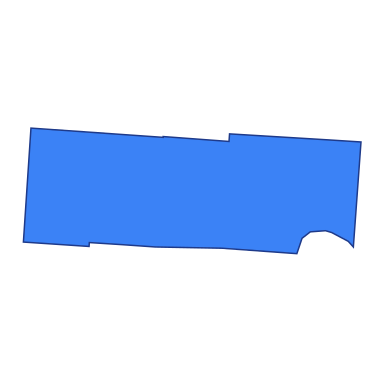 outline of Clearwater, Minnesota, United States of America, rotated 94°
{"feature_id": "52423323B62368100165571", "entity_name": "Clearwater", "entity_type": "district", "adm_level": 2, "iso_a3": "USA", "parent_name": "United States of America", "parent_adm1": "Minnesota", "projection": "natural_earth1", "projection_center": [-95.349, 47.586], "detail": "fine", "context": "isolated", "style": "filled", "palette": "blue", "viewbox_px": 384, "rotation_deg": 94, "n_neighbors": 0, "source": "geoboundaries", "source_scale": "gbopen_adm2", "svg_char_len": 413}
<svg xmlns="http://www.w3.org/2000/svg" viewBox="0 0 384 384"><g transform="rotate(94 192 192)"><path d="M139.5,357.1L253.7,356.7L253.5,290.9L249.6,290.9L249.4,257.7L249.4,224.7L246.0,158.7L246.2,83.1L230.5,79.0L223.5,71.2L221.3,56.1L222.7,49.8L230.3,32.7L235.6,27.2L130.3,26.9L130.5,59.8L131.4,158.6L139.0,158.6L138.7,224.6L139.5,224.5L139.5,357.1Z" fill="#3b82f6" stroke="#1e3a8a" stroke-width="1.5"/></g></svg>